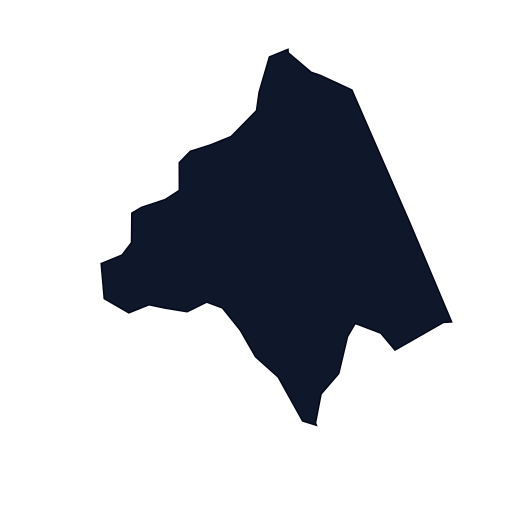 outline of Lerum, Västra Götaland, Sweden, rotated 248°
{"feature_id": "70781695B46333437136536", "entity_name": "Lerum", "entity_type": "district", "adm_level": 2, "iso_a3": "SWE", "parent_name": "Sweden", "parent_adm1": "Västra Götaland", "projection": "equal_earth", "projection_center": [12.359, 57.865], "detail": "fine", "context": "isolated", "style": "filled", "palette": "ink", "viewbox_px": 512, "rotation_deg": 248, "n_neighbors": 0, "source": "geoboundaries", "source_scale": "gbopen_adm2", "svg_char_len": 694}
<svg xmlns="http://www.w3.org/2000/svg" viewBox="0 0 512 512"><g transform="rotate(248 256 256)"><path d="M121.6,412.7L227.8,411.1L374.0,407.1L399.3,383.4L405.7,376.0L432.4,362.0L435.6,363.1L435.6,343.0L406.7,320.2L390.6,310.9L376.1,277.7L376.1,255.0L377.7,234.3L371.3,219.8L345.6,209.5L342.4,193.0L344.0,168.2L342.3,156.9L315.1,145.6L307.1,132.2L307.0,109.6L276.9,100.4L273.4,99.3L272.8,99.7L250.9,116.8L250.9,138.4L241.3,152.8L230.1,171.3L231.7,193.0L220.4,205.4L193.1,213.6L162.7,217.8L135.4,231.2L85.6,237.4L76.4,248.6L78.8,248.6L103.6,264.6L116.0,288.7L147.0,310.7L156.3,322.7L137.7,342.8L116.7,349.6L124.2,404.8L121.6,412.7Z" fill="#0f172a" stroke="#020617" stroke-width="1.5"/></g></svg>